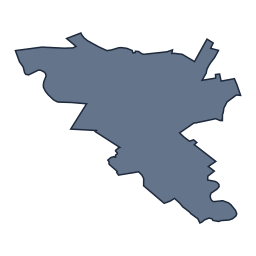 Sabile, Talsi, Latvia (Robinson projection)
{"feature_id": "27541924B84757460487549", "entity_name": "Sabile", "entity_type": "district", "adm_level": 2, "iso_a3": "LVA", "parent_name": "Latvia", "parent_adm1": "Talsi", "projection": "robinson", "projection_center": [22.575, 57.045], "detail": "medium", "context": "isolated", "style": "filled", "palette": "slate", "viewbox_px": 256, "rotation_deg": 0, "n_neighbors": 0, "source": "geoboundaries", "source_scale": "gbopen_adm2", "svg_char_len": 1835}
<svg xmlns="http://www.w3.org/2000/svg" viewBox="0 0 256 256"><path d="M119.8,147.4L118.1,147.9L118.0,148.5L116.1,149.8L115.5,150.9L117.4,153.1L117.3,153.8L115.6,155.0L115.6,157.1L114.7,157.2L114.0,156.6L110.9,157.5L107.8,160.1L108.9,161.4L109.1,164.3L117.1,171.3L116.7,172.4L118.5,175.1L138.6,171.8L141.9,175.1L143.7,178.5L143.6,185.8L164.2,203.3L170.4,201.0L174.5,198.4L179.9,203.3L182.7,206.8L189.5,212.0L190.9,213.7L197.8,218.7L199.9,223.0L202.3,221.8L204.3,220.0L208.9,218.1L212.0,218.8L212.9,220.4L218.8,221.5L220.9,220.6L229.1,220.0L232.6,218.7L235.9,216.0L236.4,215.0L236.7,213.6L235.5,210.4L231.0,204.8L228.4,202.8L222.7,200.7L214.0,201.6L212.8,201.4L211.0,199.6L210.1,196.4L210.9,193.3L217.3,188.9L219.1,186.6L218.9,184.4L217.2,182.5L215.1,181.4L207.7,180.0L207.8,176.2L214.3,171.1L208.3,166.5L215.8,161.4L194.3,144.7L196.8,142.5L193.6,139.8L189.5,141.2L183.8,136.9L179.6,132.9L194.2,122.8L195.4,123.0L215.7,118.7L220.0,120.5L221.1,120.7L221.4,120.1L222.4,120.5L222.5,114.3L223.2,112.8L223.9,108.0L227.0,102.0L236.3,95.0L240.6,95.4L237.0,84.9L234.4,78.7L221.1,81.1L219.6,74.0L215.5,74.5L215.7,78.1L202.1,80.3L206.2,73.1L206.8,69.7L208.4,66.3L210.3,63.2L214.6,57.5L218.5,50.4L210.6,48.3L213.2,43.0L207.0,39.1L194.5,61.6L182.2,54.3L174.0,53.3L171.8,53.5L172.5,49.9L167.0,51.8L144.0,54.3L141.8,53.8L138.6,51.5L135.4,51.2L135.3,52.6L133.0,53.0L132.2,50.5L126.7,48.3L121.5,47.6L118.9,47.7L111.2,50.0L106.9,50.6L98.4,46.7L87.5,40.7L84.0,37.8L81.7,34.8L80.9,33.0L66.6,38.5L76.0,46.4L73.0,47.9L64.5,48.2L41.9,47.1L15.4,50.6L19.4,61.6L23.2,67.0L24.6,72.6L25.7,74.3L28.6,74.9L38.4,70.1L40.8,70.3L44.6,72.3L45.6,73.9L46.1,76.0L43.8,81.8L43.3,85.0L43.5,87.4L45.4,91.2L47.9,94.4L53.5,99.8L57.2,101.8L58.7,102.1L71.5,102.5L86.6,103.8L70.7,129.1L96.4,130.5L95.2,131.6L119.8,147.4Z" fill="#64748b" stroke="#1e293b" stroke-width="1.5"/></svg>